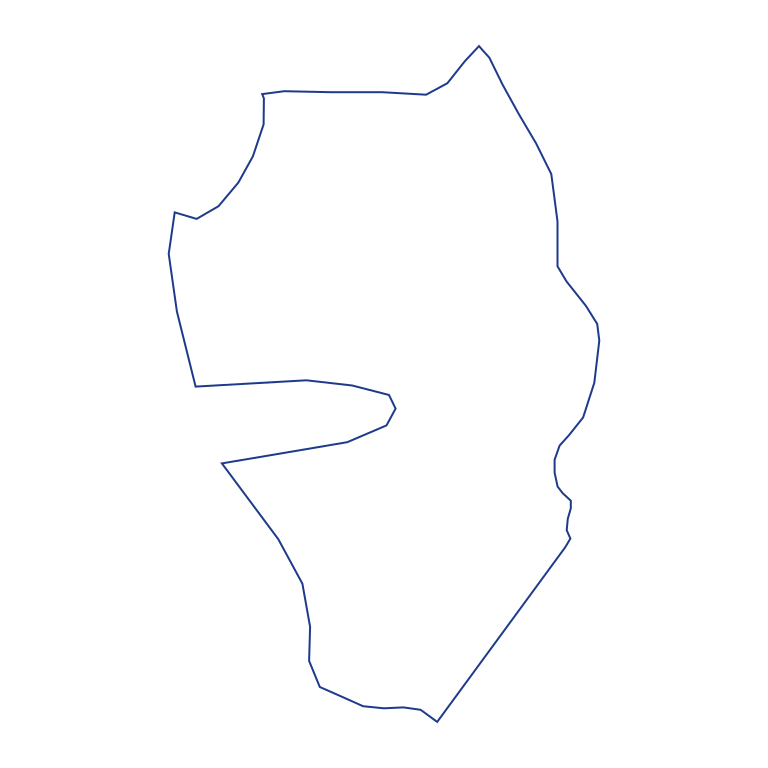 map outline of Struga (Natural Earth projection)
{"feature_id": "MKD-4845", "entity_name": "Struga", "entity_type": "Statistical Region", "adm_level": 1, "iso_a3": "MKD", "parent_name": "North Macedonia", "parent_adm1": "", "projection": "natural_earth1", "projection_center": [20.642, 41.252], "detail": "fine", "context": "isolated", "style": "outline", "palette": "blue", "viewbox_px": 768, "rotation_deg": 0, "n_neighbors": 0, "source": "natural_earth", "source_scale": "10m", "svg_char_len": 941}
<svg xmlns="http://www.w3.org/2000/svg" viewBox="0 0 768 768"><path d="M196.6,218.9L218.5,206.2L238.4,182.5L252.9,156.3L263.6,124.4L263.9,98.4L262.2,94.1L284.2,91.2L331.3,92.2L382.2,92.2L426.1,94.7L447.4,83.2L464.7,61.4L474.5,50.9L479.0,46.1L484.2,52.0L488.2,56.4L489.3,57.6L502.5,84.5L518.7,113.9L536.1,143.4L551.3,174.1L557.5,221.5L557.5,247.1L557.5,266.3L566.7,281.7L576.9,294.5L586.0,306.0L597.2,323.9L599.3,340.6L594.3,382.8L583.1,417.5L568.8,435.4L559.6,445.6L554.6,459.7L554.6,472.6L557.6,486.6L562.6,493.1L570.8,500.7L570.8,508.4L567.8,518.7L566.7,530.2L570.4,538.6L565.2,547.3L437.2,721.9L420.6,709.8L407.1,707.9L403.1,707.4L383.9,708.3L363.0,706.2L351.0,700.8L319.8,687.0L309.1,660.9L310.1,626.9L302.4,583.7L278.3,539.2L221.9,463.4L347.2,442.2L386.5,425.4L395.6,408.6L389.0,395.0L352.2,385.5L306.4,380.3L195.6,386.6L176.9,311.5L168.7,253.7L169.3,249.9L174.7,212.4L196.6,218.9Z" fill="none" stroke="#1e3a8a" stroke-width="2"/></svg>